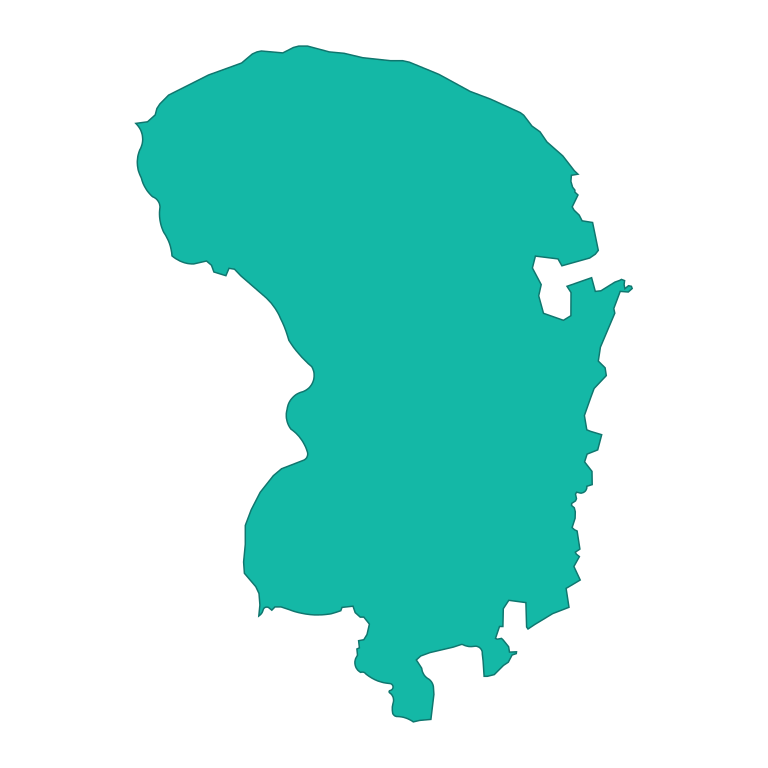 the district of Ain Al Arab, Aleppo, Syria
{"feature_id": "27442178B6640625460328", "entity_name": "Ain Al Arab", "entity_type": "district", "adm_level": 2, "iso_a3": "SYR", "parent_name": "Syria", "parent_adm1": "Aleppo", "projection": "mercator", "projection_center": [38.284, 36.533], "detail": "fine", "context": "isolated", "style": "filled", "palette": "teal", "viewbox_px": 768, "rotation_deg": 0, "n_neighbors": 0, "source": "geoboundaries", "source_scale": "gbopen_adm2", "svg_char_len": 6113}
<svg xmlns="http://www.w3.org/2000/svg" viewBox="0 0 768 768"><path d="M258.8,616.0L259.6,615.4L260.4,614.7L261.1,614.0L261.7,613.2L262.2,612.4L262.6,611.5L263.4,609.2L263.9,608.4L264.4,607.9L265.0,607.5L265.7,607.2L266.4,607.1L267.4,607.1L268.4,607.4L271.8,610.2L275.0,606.9L281.0,606.9L289.4,609.7L292.1,610.7L294.5,611.5L298.2,612.5L301.4,613.2L305.6,614.0L310.2,614.6L314.3,614.9L318.5,614.9L322.3,614.8L325.6,614.5L329.8,614.0L331.4,613.7L336.1,612.3L340.8,610.7L342.0,607.4L353.0,606.2L355.2,612.6L360.2,617.1L363.8,617.1L369.4,624.1L367.0,634.5L363.8,639.7L358.6,640.7L359.4,647.8L356.9,649.0L357.5,655.2L356.2,657.5L355.6,658.6L355.2,660.1L354.9,661.7L354.9,663.3L355.1,664.8L355.5,666.3L356.1,667.8L356.9,669.0L357.7,670.1L358.7,671.0L360.0,672.0L360.8,672.4L361.6,672.1L362.5,672.1L363.4,672.2L364.3,672.5L365.2,673.2L365.6,673.6L366.0,674.1L369.0,676.3L371.7,678.0L374.7,679.6L377.9,681.0L381.2,682.0L383.3,682.6L385.6,683.0L387.8,683.3L390.3,683.6L391.2,683.9L391.9,684.4L392.6,685.3L393.0,686.2L393.0,686.7L393.0,687.3L393.0,687.8L392.8,688.3L392.3,689.2L391.7,689.8L391.0,690.2L389.9,690.6L389.5,690.8L389.2,691.2L389.1,691.8L389.2,692.2L389.4,692.6L391.0,693.9L391.7,694.7L392.2,695.4L392.6,696.2L393.0,697.0L393.3,697.8L393.4,698.7L393.6,700.0L393.5,701.4L393.3,702.4L392.9,703.9L392.6,705.4L392.3,706.9L392.3,708.5L392.3,710.3L392.5,711.9L392.7,713.3L393.1,714.2L393.6,714.8L394.2,715.4L394.8,715.9L395.5,716.2L396.6,716.5L399.1,716.6L401.4,716.9L403.5,717.3L405.4,717.9L407.4,718.6L409.5,719.6L411.4,720.6L413.3,721.9L419.7,720.4L430.9,719.4L433.9,694.4L433.4,686.6L433.0,684.9L432.3,683.2L431.4,681.7L430.3,680.4L429.2,679.4L427.3,678.2L426.2,677.3L425.0,676.1L424.0,674.8L423.2,673.3L422.4,671.6L422.0,669.9L421.7,668.2L417.5,661.7L416.3,660.0L420.7,656.0L429.9,652.6L453.3,647.1L461.5,644.4L462.9,644.6L464.5,645.4L466.1,645.9L467.3,646.2L468.7,646.5L470.1,646.6L471.6,646.6L475.4,646.2L476.2,646.2L477.1,646.4L478.1,646.8L479.0,647.2L479.7,647.7L480.4,648.4L481.0,649.1L481.5,649.9L481.9,650.7L482.2,651.6L482.3,652.8L482.3,654.0L483.1,661.0L484.1,676.3L487.5,676.3L494.3,674.6L503.5,665.4L508.3,662.2L512.1,655.0L516.3,653.6L516.5,651.8L509.5,652.1L508.6,646.7L503.1,639.9L501.5,638.4L497.3,639.2L495.5,638.4L499.5,626.5L502.9,626.5L503.3,608.7L508.8,600.3L525.9,602.6L526.6,627.0L528.0,629.0L534.9,624.4L552.7,613.6L569.0,607.3L566.1,588.4L580.2,580.0L573.9,566.5L579.4,556.6L576.3,554.1L575.3,552.2L579.9,549.1L577.1,531.0L574.4,529.7L572.1,527.6L575.1,518.3L575.3,511.8L574.3,507.8L571.6,505.5L571.7,503.4L575.5,500.9L576.5,498.7L575.5,494.1L576.6,492.2L578.5,492.6L579.5,492.9L580.6,493.1L581.4,493.1L582.1,492.9L583.4,492.5L584.2,492.0L585.0,491.4L585.6,490.7L586.1,489.9L586.5,489.0L586.8,488.1L586.8,487.2L586.8,486.3L592.2,484.6L592.0,471.4L584.6,461.9L587.1,454.1L597.7,449.9L601.7,434.7L590.4,431.3L586.8,429.8L584.4,415.5L590.9,397.1L594.1,388.5L606.3,375.6L605.1,367.8L598.3,361.1L600.4,347.2L614.8,313.2L613.8,308.5L620.2,291.4L628.3,292.0L632.2,288.5L631.4,286.3L628.5,285.7L624.9,288.7L624.1,284.6L624.6,280.6L621.4,279.4L619.7,280.4L614.9,282.1L600.9,290.8L595.3,291.4L591.6,277.7L567.0,286.3L571.0,292.5L570.9,315.7L563.4,320.3L543.5,313.3L538.7,295.8L541.2,284.6L532.4,268.0L535.4,256.1L558.0,258.9L561.9,265.8L589.7,258.0L595.3,254.2L598.3,250.4L592.6,222.5L582.1,220.8L579.2,215.1L574.1,210.2L572.2,206.9L578.0,195.0L574.9,192.1L574.9,190.1L572.6,187.2L570.9,181.3L571.4,175.3L578.0,174.2L574.3,170.7L562.8,155.9L546.9,141.9L540.0,131.8L532.0,126.1L523.7,115.2L520.4,112.7L490.5,99.1L470.1,91.4L439.0,74.4L409.4,62.2L402.7,60.7L390.6,60.7L362.7,57.7L344.1,53.3L329.3,51.9L307.6,46.1L298.7,46.1L293.4,47.5L282.8,52.9L261.4,51.0L257.0,51.9L252.3,54.0L241.6,63.0L208.5,75.0L168.6,95.1L159.9,103.9L156.9,108.5L155.2,114.9L147.5,121.8L135.8,123.4L137.2,124.9L138.4,126.4L139.5,128.0L140.6,129.9L141.3,131.7L142.0,133.8L142.4,135.7L142.6,137.9L142.7,139.5L142.6,141.1L142.4,142.6L142.1,144.2L141.7,145.4L141.2,146.9L140.6,148.4L139.8,149.8L138.9,152.3L138.1,155.1L137.8,156.5L137.6,158.3L137.3,161.2L137.3,162.7L137.4,164.4L137.5,165.9L137.8,167.6L138.0,169.1L138.4,170.8L139.0,172.5L139.7,174.4L140.4,176.0L141.3,177.9L142.1,180.7L143.1,183.5L144.5,186.4L146.1,189.1L147.2,190.8L148.6,192.6L150.1,194.3L151.5,195.8L152.7,196.8L153.9,197.3L155.0,198.0L156.0,198.7L156.9,199.6L157.6,200.4L158.2,201.3L158.7,202.1L159.2,203.1L159.5,204.0L159.7,205.0L159.9,205.9L160.0,206.9L159.9,208.0L159.7,209.6L159.5,212.3L159.5,214.5L159.6,216.9L160.0,220.3L160.7,223.8L161.2,225.7L161.8,227.6L162.5,229.4L163.2,231.2L164.1,232.9L165.7,235.4L167.2,238.3L168.4,240.7L169.5,243.5L170.4,246.4L171.1,249.5L171.7,252.7L172.0,255.9L173.8,257.3L175.8,258.7L177.8,259.8L179.9,261.0L182.1,261.9L184.3,262.7L187.1,263.4L188.2,263.6L191.3,263.9L193.9,263.9L206.5,261.0L211.5,265.3L213.9,272.0L225.9,275.7L229.0,268.3L234.5,269.2L240.9,275.9L266.5,298.1L268.1,299.8L269.7,301.5L271.3,303.2L272.7,305.1L275.3,308.6L277.6,312.4L279.1,315.2L280.4,318.2L282.4,322.3L284.3,326.7L286.0,331.2L287.5,335.8L288.9,340.4L291.2,343.9L293.6,347.4L296.2,350.7L299.2,354.2L302.0,357.4L305.2,360.6L308.2,363.6L311.7,366.6L312.3,367.7L312.8,368.8L313.2,369.9L313.7,371.4L314.0,372.9L314.1,374.7L314.1,376.6L313.9,378.4L313.6,379.9L313.0,381.7L312.3,383.3L311.4,384.9L310.3,386.4L309.3,387.6L307.9,388.8L306.7,389.7L305.4,390.5L304.0,391.2L302.9,391.7L301.4,392.1L300.0,392.6L298.6,393.2L297.2,393.9L295.9,394.7L294.5,395.8L293.2,397.0L292.0,398.3L290.9,399.6L289.9,401.1L289.0,402.7L288.2,404.6L287.8,406.0L287.4,407.5L287.1,409.3L286.6,411.5L286.3,413.6L286.3,415.1L286.3,416.6L286.4,418.1L286.7,419.5L287.0,421.0L287.4,422.4L287.9,423.8L288.5,425.2L289.6,427.2L290.9,429.1L292.7,430.4L294.4,431.8L296.2,433.4L297.7,435.0L299.1,436.5L300.4,438.3L301.9,440.3L303.2,442.4L304.5,444.8L305.7,447.2L306.6,449.6L307.5,452.3L307.7,453.4L307.7,454.5L307.5,455.6L307.1,456.7L306.6,457.8L305.8,458.7L304.9,459.5L303.9,460.1L281.6,468.7L273.4,475.6L260.2,492.3L251.2,509.8L245.3,525.4L245.3,544.3L243.6,562.0L244.4,573.3L255.8,586.7L259.0,593.5L259.9,605.0L258.8,616.0Z" fill="#14b8a6" stroke="#0f766e" stroke-width="1.5"/></svg>